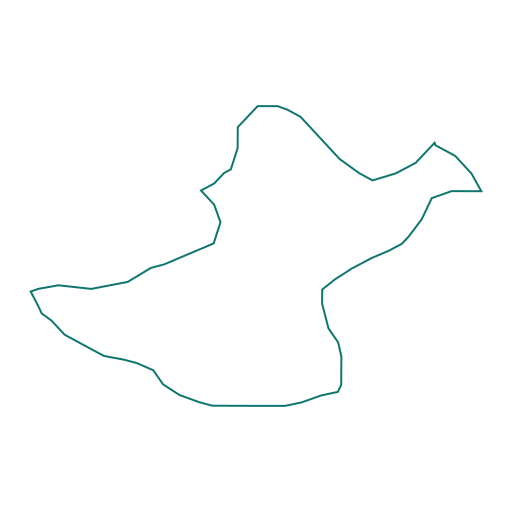 outline of Unsan, P'yŏngan-namdo, North Korea, rotated 180°
{"feature_id": "82179303B62623868631396", "entity_name": "Unsan", "entity_type": "district", "adm_level": 2, "iso_a3": "PRK", "parent_name": "North Korea", "parent_adm1": "P'yŏngan-namdo", "projection": "mercator", "projection_center": [126.152, 39.43], "detail": "fine", "context": "isolated", "style": "outline", "palette": "teal", "viewbox_px": 512, "rotation_deg": 180, "n_neighbors": 0, "source": "geoboundaries", "source_scale": "gbopen_adm2", "svg_char_len": 1008}
<svg xmlns="http://www.w3.org/2000/svg" viewBox="0 0 512 512"><g transform="rotate(180 256 256)"><path d="M174.2,120.1L170.8,127.1L170.7,144.8L170.6,155.4L173.8,169.5L183.5,183.6L189.9,208.4L189.8,222.5L176.5,233.0L160.0,243.6L140.1,254.1L123.5,261.1L110.3,268.1L103.6,275.1L90.3,292.7L80.2,313.9L60.4,320.9L43.9,320.8L30.7,320.8L40.5,338.4L56.8,356.1L76.5,366.7L77.4,369.2L96.4,349.1L116.3,338.6L139.5,331.6L152.6,338.7L172.3,352.9L188.6,370.5L198.4,381.1L211.5,395.2L224.6,402.3L234.5,405.9L254.3,405.9L274.2,384.9L274.4,363.7L281.2,342.6L287.8,339.1L297.8,328.5L311.0,321.5L297.9,307.4L291.5,289.8L298.3,268.6L314.8,261.6L331.4,254.6L347.9,247.6L361.1,244.1L384.3,230.1L420.7,223.1L453.6,226.7L473.4,223.2L481.3,220.5L473.6,205.6L470.3,198.5L460.5,191.4L447.4,177.3L427.7,166.6L408.0,156.0L388.3,152.4L375.1,148.9L358.7,141.7L348.9,127.6L332.5,117.0L312.8,109.8L299.6,106.3L276.5,106.2L243.5,106.1L227.1,106.1L210.5,109.6L190.7,116.6L174.2,120.1Z" fill="none" stroke="#0f766e" stroke-width="2"/></g></svg>